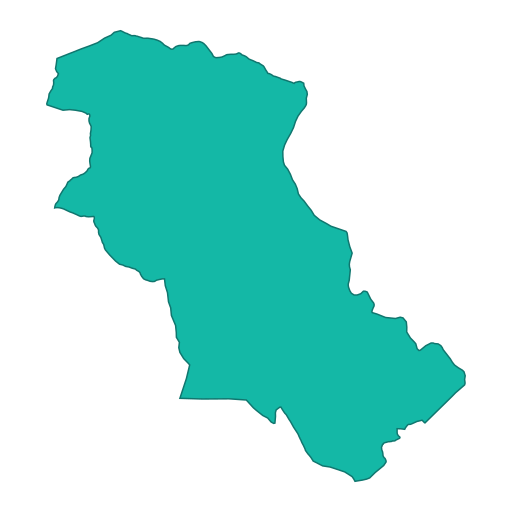 Sotanga, Dâmbovita, Romania (Equal Earth projection)
{"feature_id": "2599482B74032369078815", "entity_name": "Sotanga", "entity_type": "district", "adm_level": 2, "iso_a3": "ROU", "parent_name": "Romania", "parent_adm1": "Dâmbovita", "projection": "equal_earth", "projection_center": [25.375, 44.974], "detail": "fine", "context": "isolated", "style": "filled", "palette": "teal", "viewbox_px": 512, "rotation_deg": 0, "n_neighbors": 0, "source": "geoboundaries", "source_scale": "gbopen_adm2", "svg_char_len": 5852}
<svg xmlns="http://www.w3.org/2000/svg" viewBox="0 0 512 512"><path d="M465.0,383.5L465.0,382.3L464.6,379.5L465.2,375.8L464.0,371.8L462.4,370.2L458.2,367.7L454.5,365.0L452.1,361.9L450.4,359.0L443.1,349.6L442.3,347.7L440.8,345.6L438.1,343.9L434.6,343.6L433.1,343.0L431.1,343.0L425.8,345.7L420.2,350.3L418.9,350.5L417.1,348.7L415.8,343.8L414.4,342.1L410.4,338.0L406.7,332.0L406.8,327.2L406.3,321.9L403.0,317.9L400.2,317.2L395.5,318.5L385.6,317.5L377.1,314.1L372.2,312.6L371.9,311.6L372.2,310.2L373.1,308.0L374.0,306.1L374.1,305.3L374.1,304.5L373.7,303.1L370.8,299.3L367.3,292.2L367.0,291.9L365.0,291.2L363.4,291.2L360.8,293.7L357.2,295.0L354.1,295.0L351.3,293.2L349.8,290.7L349.1,288.8L348.5,287.1L348.2,285.0L348.3,283.7L349.2,280.4L350.3,269.8L349.5,266.9L349.3,264.3L349.7,261.6L352.1,253.3L352.1,253.0L349.8,246.8L348.0,239.8L347.6,236.2L347.3,234.1L347.0,232.8L346.0,231.4L330.9,226.2L326.9,223.8L319.7,219.9L314.2,215.3L311.2,210.3L307.7,206.0L304.1,201.1L300.9,197.7L298.4,193.9L297.2,188.7L295.3,184.1L292.5,179.8L290.4,174.3L287.7,169.2L284.5,165.3L283.4,161.9L282.9,156.7L282.8,151.1L284.6,145.0L287.1,139.7L290.7,133.4L293.5,127.6L295.5,121.4L298.0,116.1L301.4,111.3L304.3,107.9L305.7,105.7L306.3,104.4L306.5,102.8L306.3,98.2L307.3,94.4L306.9,91.5L305.7,89.4L305.0,88.0L304.0,85.9L303.7,83.2L300.8,81.7L300.0,81.5L299.0,81.5L298.0,81.8L295.5,82.3L294.8,82.7L294.1,83.4L291.9,82.4L285.1,80.1L281.0,78.9L280.4,78.3L277.1,77.1L274.8,76.3L274.5,76.4L273.8,76.2L273.3,76.0L272.5,75.4L271.5,74.7L270.3,74.1L269.2,73.6L267.9,73.4L266.7,71.3L265.8,70.1L265.5,69.4L264.7,68.1L264.4,67.4L264.0,66.8L263.3,65.9L260.6,64.2L259.4,63.4L259.3,63.2L258.9,62.9L256.6,62.5L255.5,61.9L252.8,60.6L250.7,59.8L248.9,59.0L248.1,58.3L246.7,57.1L245.7,56.4L244.0,55.6L242.0,54.9L240.6,53.6L239.3,53.0L238.8,52.9L238.1,53.1L236.8,53.8L235.6,54.1L233.6,54.3L230.7,54.3L227.2,54.6L226.2,54.9L225.3,55.5L222.0,57.0L219.8,57.4L216.1,57.7L214.8,57.3L214.0,56.8L213.3,56.2L211.9,53.5L206.0,45.8L203.7,43.5L202.1,42.5L199.7,41.6L198.7,41.5L195.4,41.8L192.1,42.6L190.0,43.3L189.6,43.6L188.7,44.7L187.5,45.3L186.1,45.6L183.5,45.4L180.3,45.4L178.6,45.6L176.0,46.5L174.0,48.0L173.5,48.6L172.7,49.1L171.6,49.2L170.4,48.8L169.0,47.7L167.7,46.9L164.7,45.3L163.8,44.6L162.6,43.3L160.1,41.4L157.1,40.1L154.1,39.2L152.5,38.9L147.8,38.2L143.8,38.3L142.4,38.0L142.0,37.7L138.6,36.7L137.2,36.2L136.2,36.1L135.2,35.7L134.3,35.6L132.3,35.7L131.8,35.7L130.9,35.4L130.2,35.0L128.5,34.3L127.1,33.5L125.8,33.2L124.7,32.7L122.0,31.3L120.6,30.7L114.3,32.3L111.1,35.2L104.6,38.1L97.7,42.7L89.5,45.9L81.5,48.8L57.0,58.5L56.2,64.6L55.5,68.7L56.7,71.6L58.4,73.6L57.5,76.2L56.3,77.7L55.1,78.2L53.8,79.6L53.5,80.5L53.7,82.7L53.5,85.0L52.6,87.0L52.5,88.5L50.7,91.1L49.1,94.0L48.8,96.7L48.5,98.3L47.2,102.2L46.8,103.7L46.9,104.4L47.1,104.9L63.0,110.2L69.6,109.6L75.3,110.2L82.0,111.4L85.7,113.0L86.3,113.4L87.1,114.2L87.5,114.3L88.0,114.0L88.7,113.9L89.4,114.2L89.7,114.9L89.9,116.0L89.3,117.7L89.0,118.6L89.0,121.0L89.6,123.3L90.4,124.7L91.2,126.6L91.0,130.1L90.4,133.7L90.6,135.3L90.0,137.7L90.5,141.8L90.7,144.5L90.7,146.2L91.1,147.2L91.5,147.3L91.8,147.8L92.0,148.8L92.1,150.2L92.1,152.8L89.9,158.3L89.7,161.0L90.0,163.4L90.4,165.7L90.5,167.0L90.1,167.8L88.7,168.4L87.9,169.3L87.3,170.5L86.6,171.4L85.7,172.2L84.6,173.2L83.2,174.1L80.6,175.0L78.3,176.5L76.1,177.3L74.2,177.5L73.0,177.8L71.6,179.2L70.3,180.2L69.8,180.9L68.7,181.5L67.8,182.2L67.2,183.7L65.9,186.5L63.6,189.2L59.9,195.3L59.1,197.5L58.8,199.6L58.4,200.5L57.6,201.8L55.9,203.7L55.4,204.7L54.9,206.5L54.7,207.9L55.4,207.7L57.5,207.6L59.6,207.8L61.7,208.3L63.8,209.0L66.9,210.5L69.9,211.9L72.5,212.8L76.4,214.5L79.1,215.8L80.4,216.3L81.5,216.4L82.0,216.3L83.8,216.0L85.2,216.1L85.9,216.5L86.6,216.6L88.5,216.8L90.4,216.7L93.3,216.5L93.8,216.5L94.1,216.8L94.3,217.7L94.3,218.7L93.8,220.5L93.8,221.4L94.1,222.4L94.5,223.2L94.9,224.3L95.2,225.1L95.9,226.3L97.6,228.1L98.4,229.6L98.6,230.9L98.5,232.1L99.0,234.5L100.8,237.3L101.9,240.7L102.4,242.5L103.7,244.5L104.5,248.1L105.4,249.9L109.7,255.0L115.6,261.1L119.5,264.2L122.8,265.0L125.6,266.4L129.0,267.0L132.1,268.2L135.5,269.1L136.6,270.2L138.2,271.1L139.5,272.0L140.1,272.9L140.4,274.0L141.7,276.4L143.6,278.8L145.6,279.8L147.7,280.4L150.1,281.3L152.7,281.6L154.6,281.4L156.5,280.2L159.4,279.5L162.2,278.9L164.5,278.9L165.3,285.7L167.5,292.7L168.5,301.8L170.7,307.9L171.4,315.4L175.6,325.5L176.3,332.7L176.4,337.3L179.4,342.3L178.8,347.7L179.9,352.4L183.7,358.6L188.1,363.1L189.7,364.9L186.4,378.6L179.9,398.3L202.5,399.0L228.9,398.8L246.3,400.0L253.4,407.8L256.4,410.4L262.8,415.5L267.7,418.0L271.1,422.0L273.7,423.4L274.9,423.1L275.5,416.5L275.4,412.8L276.1,410.0L278.1,408.4L279.8,407.2L280.9,407.1L282.4,409.6L284.1,412.2L284.9,413.3L286.2,414.6L287.8,417.3L289.2,419.7L290.0,420.8L290.9,422.3L293.5,427.0L297.8,433.6L298.8,435.7L298.9,436.1L300.4,439.3L301.2,440.7L301.3,441.3L302.3,443.4L303.4,445.4L305.1,449.1L305.4,450.3L306.0,451.2L308.1,454.1L309.3,455.4L311.2,457.8L311.5,458.4L312.9,460.5L313.1,461.0L322.7,465.9L330.0,467.0L334.9,468.6L344.7,471.9L352.1,476.6L353.7,478.9L355.0,481.3L362.3,480.1L366.6,479.1L369.7,477.9L375.2,472.5L383.7,465.5L386.1,461.9L386.0,460.9L385.9,460.4L385.2,458.8L384.7,458.1L384.1,457.7L383.4,456.5L383.0,455.6L382.9,454.2L382.8,453.2L382.5,451.6L381.8,450.0L381.5,447.2L381.9,446.4L382.4,444.8L383.1,444.3L383.1,443.8L383.5,443.4L384.7,442.7L386.0,442.4L388.3,441.7L389.4,441.7L391.8,441.4L392.5,440.9L393.9,441.0L395.1,440.7L395.8,440.1L399.5,438.3L399.9,437.8L399.9,437.2L399.4,436.6L399.1,436.5L398.3,435.7L397.3,434.0L397.1,432.3L397.1,428.7L400.8,428.8L404.7,429.3L405.5,427.7L407.5,425.1L408.0,424.7L408.6,424.4L409.5,424.4L410.5,424.3L411.8,423.8L413.6,423.0L417.1,421.4L418.5,421.1L421.7,420.3L422.2,420.3L424.5,422.7L425.0,422.9L452.0,396.4L455.5,392.8L464.6,384.9L465.0,383.5Z" fill="#14b8a6" stroke="#0f766e" stroke-width="1.5"/></svg>